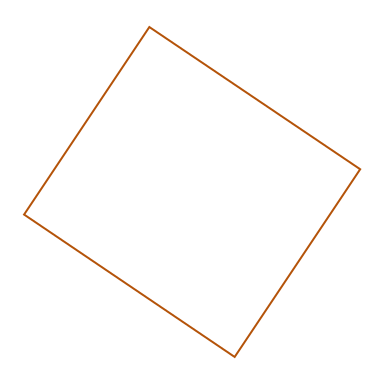 the district of Motley, Texas, United States of America, rotated 124°
{"feature_id": "52423323B8649342389596", "entity_name": "Motley", "entity_type": "district", "adm_level": 2, "iso_a3": "USA", "parent_name": "United States of America", "parent_adm1": "Texas", "projection": "natural_earth1", "projection_center": [-100.804, 34.074], "detail": "fine", "context": "isolated", "style": "outline", "palette": "amber", "viewbox_px": 384, "rotation_deg": 124, "n_neighbors": 0, "source": "geoboundaries", "source_scale": "gbopen_adm2", "svg_char_len": 244}
<svg xmlns="http://www.w3.org/2000/svg" viewBox="0 0 384 384"><g transform="rotate(124 192 192)"><path d="M304.6,318.6L304.9,64.4L120.2,65.1L79.1,65.3L79.1,161.7L79.1,319.6L304.6,318.6Z" fill="none" stroke="#b45309" stroke-width="2"/></g></svg>